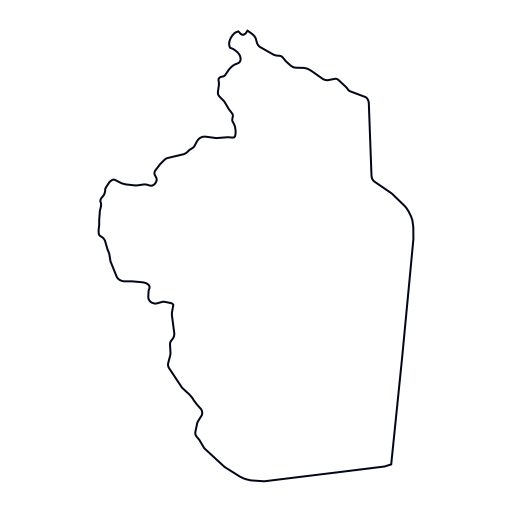 the Region of Ar Riyad
{"feature_id": "SAU-1097", "entity_name": "Ar Riyad", "entity_type": "Region", "adm_level": 1, "iso_a3": "SAU", "parent_name": "Saudi Arabia", "parent_adm1": "", "projection": "albers", "projection_center": [44.266, 23.395], "detail": "fine", "context": "isolated", "style": "outline", "palette": "ink", "viewbox_px": 512, "rotation_deg": 0, "n_neighbors": 0, "source": "natural_earth", "source_scale": "10m", "svg_char_len": 3643}
<svg xmlns="http://www.w3.org/2000/svg" viewBox="0 0 512 512"><path d="M232.5,137.6L233.5,137.5L234.4,137.1L235.0,136.3L235.3,135.3L235.5,134.1L235.6,132.6L235.6,130.6L235.1,127.4L234.6,125.5L233.9,123.9L232.5,121.4L232.2,120.1L232.4,118.6L232.9,116.0L232.7,114.3L232.6,114.1L228.8,109.1L224.5,101.8L223.3,100.4L219.4,96.5L218.6,95.4L218.1,94.3L217.9,93.2L217.9,92.1L218.9,85.0L218.9,82.6L218.5,80.2L218.6,78.9L219.5,77.7L220.6,77.0L221.8,76.7L223.7,76.3L224.3,75.9L225.1,75.2L228.6,70.0L230.4,67.9L232.6,65.9L233.8,65.1L235.0,64.4L237.4,63.5L238.5,63.0L239.5,62.2L240.1,61.3L240.4,60.5L240.6,59.8L240.6,59.6L240.6,58.8L240.5,57.8L240.2,56.7L239.8,55.5L239.2,54.4L238.3,53.2L237.4,52.2L235.4,50.5L233.2,49.0L230.0,47.7L229.7,46.9L229.2,45.0L229.2,43.9L229.2,42.8L229.4,41.7L229.9,40.0L230.6,38.3L231.9,36.1L233.2,34.5L234.7,33.0L235.4,32.5L235.5,32.5L238.3,31.4L239.2,32.2L239.4,32.5L239.5,32.6L240.3,33.5L241.1,34.2L242.2,34.7L243.3,34.8L244.5,34.2L245.5,33.6L247.5,30.7L248.0,31.0L252.2,34.0L254.2,35.9L255.0,37.1L255.7,38.3L257.0,43.0L257.7,44.5L258.8,46.0L260.0,47.0L273.8,54.8L276.0,55.5L279.5,55.8L280.7,56.0L281.7,56.5L282.7,57.4L285.7,61.1L290.4,65.4L292.5,66.8L293.6,67.3L295.7,67.7L303.7,67.9L305.9,68.3L308.0,69.0L311.1,70.7L323.2,79.2L324.4,79.7L325.6,80.0L326.7,80.2L327.8,80.2L335.0,78.8L336.2,78.8L337.4,79.2L338.4,79.9L346.6,87.6L348.0,89.6L348.9,90.6L349.9,91.2L365.6,97.1L366.3,97.6L367.0,98.3L367.6,99.2L368.1,100.2L368.5,101.2L368.8,103.0L371.5,175.9L372.0,178.4L372.4,179.2L373.1,180.3L374.0,181.3L391.8,193.5L404.6,205.9L406.7,208.4L408.8,211.8L411.1,216.5L412.4,220.4L413.3,227.0L413.4,239.1L402.2,356.9L391.2,464.4L384.5,466.5L264.3,481.3L251.0,480.4L246.2,479.3L243.4,478.3L239.7,476.5L225.4,467.5L224.5,466.9L204.3,448.3L199.4,440.0L196.5,436.5L195.7,435.2L195.3,433.5L195.3,432.2L197.3,422.8L198.3,420.8L201.3,416.0L201.8,415.1L202.1,414.0L202.2,413.7L202.2,412.7L202.1,411.7L201.8,410.5L201.1,409.2L196.9,404.5L193.9,400.5L192.3,397.9L189.5,394.6L182.1,387.8L168.9,367.9L168.4,366.8L168.1,365.7L168.0,364.5L168.1,363.4L170.2,355.5L170.5,353.2L170.0,344.1L170.1,343.0L170.5,341.9L171.1,340.9L172.6,338.9L173.3,337.8L173.8,336.8L174.1,335.6L174.3,334.4L174.3,333.4L171.9,315.2L171.9,312.9L173.3,304.9L173.3,304.7L172.5,303.8L171.6,303.3L170.5,303.0L164.5,301.8L163.4,301.7L162.3,301.9L156.4,303.5L155.2,303.6L154.0,303.4L151.9,302.7L150.8,302.0L149.7,301.0L148.6,299.0L148.3,297.5L148.3,296.2L148.6,290.7L149.4,288.3L149.6,287.3L149.4,286.2L148.7,285.0L147.3,283.9L146.1,283.2L144.9,282.8L142.6,282.3L131.7,281.3L123.9,281.3L122.1,281.0L121.1,280.6L120.0,280.1L118.9,279.4L118.0,278.6L117.3,277.7L116.8,277.0L110.5,261.4L109.2,253.6L108.7,252.3L107.5,249.4L105.0,240.7L104.1,239.1L103.1,238.0L102.0,237.1L100.2,236.0L99.7,235.5L99.1,234.7L98.7,233.6L98.6,230.2L99.2,225.0L99.2,220.0L99.9,210.7L100.9,206.6L101.1,204.5L101.0,203.2L100.4,201.4L100.3,201.0L100.4,200.2L100.7,199.3L101.4,198.1L103.8,195.1L103.9,194.9L104.6,193.3L105.2,190.9L105.2,189.0L106.2,187.0L109.5,182.0L110.2,181.4L111.6,180.3L112.7,179.8L113.9,179.6L115.0,179.9L120.2,182.6L122.3,183.5L125.8,184.4L134.8,185.4L137.2,185.4L144.2,184.4L146.6,184.6L150.4,185.7L151.4,185.7L152.4,185.5L153.6,184.9L154.8,183.9L155.8,182.5L156.6,180.5L156.7,179.1L156.3,177.8L155.1,175.5L154.6,174.4L154.4,173.3L154.6,172.0L155.3,170.5L160.1,164.2L164.8,159.5L166.1,158.6L167.2,158.1L183.7,154.2L185.7,153.3L186.9,152.4L189.5,149.9L193.0,147.7L194.1,146.6L195.0,145.1L196.9,141.4L198.2,139.6L199.0,138.8L199.6,138.3L200.4,137.7L201.4,137.3L202.5,136.9L203.6,136.7L205.8,136.7L216.3,138.1L228.0,137.2L232.5,137.6Z" fill="none" stroke="#020617" stroke-width="2"/></svg>